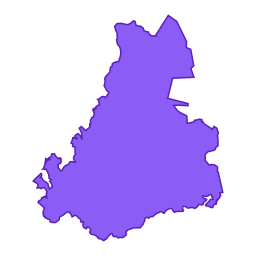 outline of Landa de Matamoros, Querétaro, Mexico
{"feature_id": "50627088B98112130077485", "entity_name": "Landa de Matamoros", "entity_type": "district", "adm_level": 2, "iso_a3": "MEX", "parent_name": "Mexico", "parent_adm1": "Querétaro", "projection": "albers", "projection_center": [-99.184, 21.282], "detail": "fine", "context": "isolated", "style": "filled", "palette": "violet", "viewbox_px": 256, "rotation_deg": 0, "n_neighbors": 0, "source": "geoboundaries", "source_scale": "gbopen_adm2", "svg_char_len": 5834}
<svg xmlns="http://www.w3.org/2000/svg" viewBox="0 0 256 256"><path d="M141.2,226.3L143.1,224.4L143.9,222.2L144.8,220.6L144.8,218.7L145.7,217.7L146.3,217.4L148.5,218.1L149.2,217.8L150.6,216.4L151.8,216.7L152.8,216.6L155.9,213.9L157.7,212.9L159.2,212.5L160.4,211.7L161.7,211.7L163.4,213.1L164.0,213.3L164.4,213.0L165.2,211.5L167.0,209.8L168.8,208.9L170.8,208.4L172.2,209.0L173.3,211.3L174.2,212.3L176.4,211.5L182.8,211.3L183.4,210.9L183.5,210.5L182.7,209.1L182.6,208.2L182.9,206.7L183.4,206.2L185.1,206.4L187.7,208.1L192.0,207.4L195.0,208.4L197.6,206.5L199.0,204.3L200.8,204.9L203.1,204.6L203.4,204.1L203.1,203.0L203.2,202.6L205.6,201.1L206.3,200.4L206.8,199.7L206.6,199.3L204.3,198.4L202.6,197.3L202.5,196.5L203.1,195.7L203.6,195.6L205.3,196.4L206.2,196.4L207.8,196.0L210.2,194.6L211.0,194.7L211.6,195.1L211.7,196.3L212.8,198.1L213.1,198.9L213.1,199.3L212.6,199.6L211.1,199.3L210.4,199.6L209.7,200.3L208.7,201.8L206.4,203.8L205.8,204.6L205.6,205.3L206.0,206.0L207.4,205.9L209.1,206.5L211.0,207.5L212.2,207.6L213.1,206.9L213.3,205.5L214.4,204.2L215.5,203.9L215.9,204.4L216.0,204.3L216.5,203.2L216.2,201.8L216.7,201.7L216.8,201.5L216.4,201.0L216.4,200.6L217.6,200.0L217.3,199.3L217.4,199.1L217.8,199.1L218.2,199.4L218.7,198.5L219.6,197.9L219.9,196.9L219.7,196.3L220.2,196.1L220.7,195.2L220.0,194.7L220.3,194.2L220.4,193.5L220.0,192.8L222.8,192.4L218.7,174.5L218.5,173.0L218.2,172.0L217.3,171.1L217.6,168.4L217.4,166.9L215.2,165.2L213.3,164.7L211.1,164.5L209.8,165.1L208.6,164.6L208.1,164.2L207.9,163.4L205.7,161.2L205.1,160.1L205.4,157.3L205.0,156.8L205.1,154.9L207.2,152.3L207.9,151.8L213.2,150.5L214.8,149.8L215.5,149.0L215.6,147.6L218.0,145.8L217.9,138.3L217.4,135.5L218.2,133.6L218.3,132.6L217.5,130.7L217.3,129.4L216.7,128.6L216.8,128.2L216.0,127.6L214.6,127.3L214.4,126.4L214.1,126.3L213.8,127.2L213.2,127.8L212.6,129.3L212.1,129.6L211.3,128.5L203.9,123.7L203.4,122.7L202.9,122.5L203.1,122.2L202.4,122.0L202.5,121.4L202.3,121.3L202.0,121.7L201.4,121.2L201.9,119.8L199.6,119.1L196.2,120.1L194.9,120.1L193.6,122.0L187.2,123.3L186.9,116.5L186.3,115.5L181.2,113.1L177.5,110.8L173.7,105.4L178.5,105.2L188.0,105.7L188.0,103.6L167.7,98.3L172.6,78.2L193.9,77.3L190.9,68.4L193.8,65.9L190.7,49.3L188.0,48.3L186.2,47.3L186.6,41.7L176.6,21.2L173.8,19.4L168.3,15.4L155.5,35.6L155.9,35.9L151.5,35.9L148.6,33.4L148.5,32.1L144.2,31.0L143.2,28.2L141.8,27.1L140.4,26.1L138.7,26.1L136.0,25.2L135.0,21.3L133.4,20.8L131.8,22.2L129.2,24.2L126.8,24.6L121.0,23.3L117.0,23.6L114.6,26.4L115.7,30.2L117.0,32.9L117.3,38.9L116.6,39.5L117.3,43.8L120.0,47.5L120.7,50.9L120.8,53.8L120.0,57.8L119.4,58.6L119.5,59.0L118.8,61.3L117.1,61.8L116.0,61.8L115.2,62.3L113.8,62.6L112.2,64.0L112.4,65.7L110.7,67.1L110.0,69.3L110.0,72.0L105.7,76.4L104.7,78.8L105.1,80.9L105.1,81.7L104.8,83.3L104.1,85.6L106.5,90.2L107.6,91.4L108.9,92.3L108.4,93.4L105.5,97.6L103.7,96.4L103.0,96.6L101.4,97.0L100.7,97.4L99.8,98.6L97.6,99.3L98.4,100.2L99.5,104.9L97.9,105.3L95.5,107.2L96.1,108.4L95.5,108.9L94.1,108.4L93.9,109.0L94.1,109.6L93.5,109.2L92.8,109.3L92.9,110.2L94.4,113.7L93.5,116.1L93.4,117.1L92.1,117.3L91.6,117.8L91.5,118.5L90.4,120.2L90.8,123.3L89.8,123.6L89.8,126.2L90.2,126.8L85.6,130.5L81.4,126.5L79.2,128.2L81.4,132.3L82.2,139.6L80.0,135.3L77.9,133.5L75.1,135.5L74.8,136.2L75.4,137.5L76.9,138.1L76.7,138.8L76.0,138.6L73.6,137.5L72.8,137.7L72.4,139.9L71.0,143.0L72.6,143.7L72.7,146.4L75.0,147.2L75.1,153.3L75.8,154.0L74.4,155.4L73.6,157.7L73.5,158.5L75.3,162.1L73.7,162.0L72.2,161.5L70.7,161.9L69.9,161.8L68.7,164.2L65.9,165.4L64.1,166.7L61.6,170.8L60.4,170.5L59.3,168.9L58.1,168.0L58.0,167.4L58.4,166.7L57.9,164.7L60.6,163.2L60.9,162.5L61.0,161.9L60.9,161.9L61.2,161.2L60.8,160.6L61.0,159.5L60.7,159.3L61.0,158.5L59.5,157.8L58.8,158.7L56.1,156.7L54.4,153.8L52.7,154.0L52.0,153.7L51.3,154.7L51.5,155.7L50.8,157.0L48.6,157.9L48.2,158.5L48.9,158.2L50.1,159.7L49.6,160.1L49.0,159.6L48.2,159.6L47.8,159.1L46.4,161.5L46.4,160.9L46.8,160.2L45.9,159.3L46.4,158.8L45.8,158.5L44.6,165.8L43.8,167.1L43.6,168.4L42.8,169.1L44.2,169.0L44.7,169.5L46.2,169.2L48.6,174.4L49.0,176.1L49.0,178.3L51.2,179.9L49.7,181.2L52.2,184.7L51.8,185.9L52.4,186.8L52.0,187.3L49.5,189.0L49.4,188.2L48.6,186.4L47.9,183.7L46.3,182.3L44.4,181.2L42.8,179.8L42.2,178.6L41.7,178.1L41.4,176.9L40.7,177.1L41.2,176.4L41.7,175.0L41.6,174.1L41.3,173.4L41.3,172.8L41.2,173.2L33.8,180.2L33.2,181.3L37.1,183.4L37.9,184.7L38.0,186.2L36.9,187.8L37.1,188.2L38.5,187.6L39.4,187.8L40.9,188.6L41.8,188.5L42.0,187.9L43.4,187.6L44.4,187.9L45.3,188.8L46.9,191.4L46.8,192.5L46.4,193.3L46.7,195.2L46.1,195.4L47.0,197.8L46.0,197.8L45.7,197.2L45.0,196.5L43.9,196.6L43.9,197.2L43.1,197.2L43.2,197.8L41.8,197.9L42.0,198.2L41.5,199.0L40.6,200.1L38.8,200.8L38.0,202.3L44.4,207.9L43.0,212.1L43.2,213.5L43.6,213.8L43.4,214.4L43.6,214.7L43.3,215.2L43.7,216.3L44.9,216.8L44.9,217.7L47.4,218.5L47.7,219.1L49.2,219.2L50.3,220.6L50.0,221.7L51.2,222.1L52.5,222.6L53.3,222.2L54.6,222.7L55.8,222.4L59.2,219.7L59.3,217.9L60.0,216.7L63.0,215.3L66.0,212.6L67.2,212.4L68.2,211.9L69.1,212.1L70.6,213.7L71.6,215.6L72.0,216.8L72.6,216.7L74.6,215.4L75.9,215.4L76.7,215.9L78.4,217.9L80.2,219.1L80.6,219.8L80.8,221.5L81.1,222.1L81.7,222.4L82.7,221.5L83.2,221.6L83.6,222.9L83.1,223.8L82.9,225.6L83.8,227.7L85.3,228.1L86.0,228.8L86.4,228.8L86.7,228.6L87.0,227.1L87.6,226.8L89.8,228.2L90.7,229.6L90.7,230.2L90.1,231.1L89.7,232.2L90.2,233.3L91.7,234.3L94.6,235.0L95.7,235.6L96.7,236.3L98.3,238.3L99.1,238.8L100.7,238.7L103.0,240.3L103.9,240.6L104.4,240.4L104.6,239.5L105.1,239.1L106.3,239.1L107.2,238.0L108.4,236.1L110.7,234.0L111.7,233.5L112.3,233.8L112.5,235.2L112.9,235.9L113.9,236.7L115.7,236.4L116.5,236.5L117.9,237.9L120.0,237.4L122.7,237.6L123.4,237.2L126.1,235.1L126.4,234.2L125.8,232.9L125.8,232.1L128.0,229.8L134.0,227.8L135.4,228.0L137.1,227.6L138.5,228.0L140.3,227.7L140.7,227.4L141.2,226.3Z" fill="#8b5cf6" stroke="#5b21b6" stroke-width="1.5"/></svg>